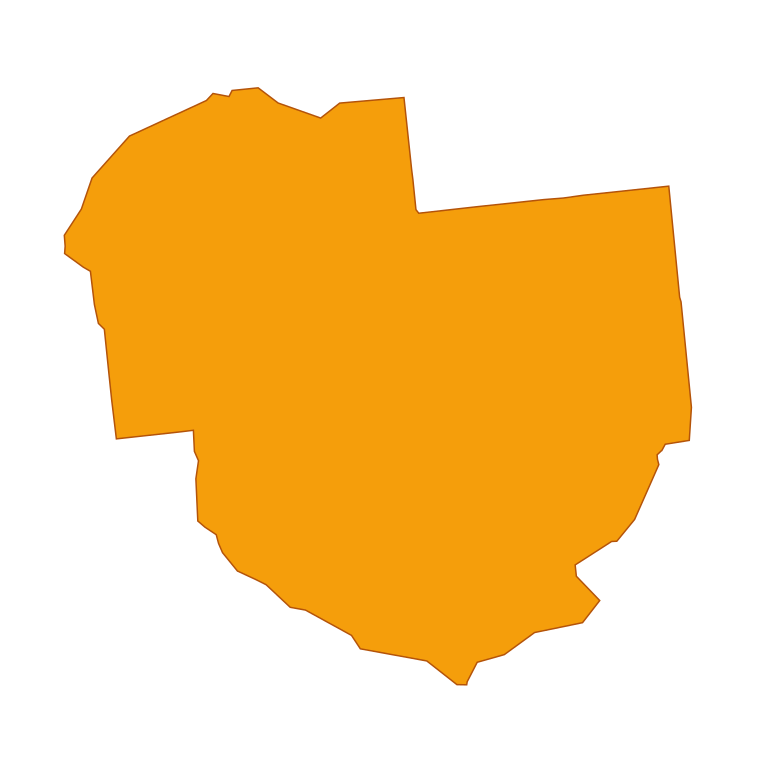 the district of Hennepin, Minnesota, United States of America, rotated 174°
{"feature_id": "52423323B44516740829537", "entity_name": "Hennepin", "entity_type": "district", "adm_level": 2, "iso_a3": "USA", "parent_name": "United States of America", "parent_adm1": "Minnesota", "projection": "equal_earth", "projection_center": [-93.451, 45.016], "detail": "fine", "context": "isolated", "style": "filled", "palette": "amber", "viewbox_px": 768, "rotation_deg": 174, "n_neighbors": 0, "source": "geoboundaries", "source_scale": "gbopen_adm2", "svg_char_len": 1062}
<svg xmlns="http://www.w3.org/2000/svg" viewBox="0 0 768 768"><g transform="rotate(174 384 384)"><path d="M334.2,666.8L398.7,668.0L419.2,655.1L459.9,674.5L478.2,691.7L504.4,691.8L508.1,686.1L523.7,690.8L531.0,684.5L611.2,657.2L652.8,619.4L666.7,589.6L686.4,565.3L686.7,554.4L688.0,547.1L670.7,531.5L664.2,526.8L663.7,493.2L661.7,474.1L656.4,467.7L656.5,421.1L656.5,396.8L655.9,357.4L636.5,357.5L590.1,357.7L578.4,357.9L579.6,336.8L576.5,327.1L581.0,309.4L583.5,267.2L576.9,260.2L566.6,251.7L565.2,242.7L562.2,233.1L549.3,213.3L532.2,203.1L522.2,196.7L500.6,171.7L485.8,167.4L442.6,137.4L435.2,123.1L370.4,104.1L342.9,77.4L333.2,76.2L332.4,79.2L320.4,97.5L292.6,102.3L260.2,121.1L211.5,125.9L192.1,146.1L212.8,172.7L212.8,184.1L174.1,203.6L168.9,203.3L148.9,223.1L119.1,275.1L119.9,280.5L119.8,285.0L115.4,288.4L114.7,288.7L110.6,294.7L86.3,296.0L80.7,328.6L80.0,434.6L80.9,439.3L80.1,551.0L166.0,550.9L186.3,550.2L205.6,550.7L272.2,550.6L331.6,550.2L334.0,554.1L333.9,584.1L334.1,594.2L334.2,666.8Z" fill="#f59e0b" stroke="#b45309" stroke-width="1.5"/></g></svg>